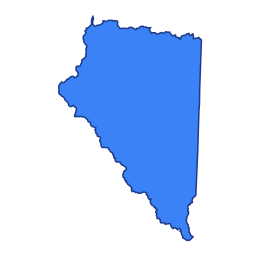 the district of Governador Jorge Teixeira, Rondônia, Brazil, rotated 92°
{"feature_id": "56859067B13052829322579", "entity_name": "Governador Jorge Teixeira", "entity_type": "district", "adm_level": 2, "iso_a3": "BRA", "parent_name": "Brazil", "parent_adm1": "Rondônia", "projection": "orthographic", "projection_center": [-63.145, -10.822], "detail": "fine", "context": "isolated", "style": "filled", "palette": "blue", "viewbox_px": 256, "rotation_deg": 92, "n_neighbors": 0, "source": "geoboundaries", "source_scale": "gbopen_adm2", "svg_char_len": 5770}
<svg xmlns="http://www.w3.org/2000/svg" viewBox="0 0 256 256"><g transform="rotate(92 128 128)"><path d="M17.8,167.0L18.6,167.4L20.6,168.1L23.4,168.2L25.7,168.1L26.5,168.5L27.0,169.3L27.6,169.9L28.7,170.6L29.2,171.0L29.4,171.8L29.4,172.7L29.9,173.3L30.7,173.0L31.3,172.8L31.8,173.3L32.4,174.4L33.3,174.1L33.9,173.7L34.6,173.5L35.2,173.6L37.9,175.9L39.9,175.9L40.9,175.7L42.0,175.2L43.2,175.2L45.5,173.7L47.3,172.1L47.8,171.9L49.1,172.4L50.8,172.8L51.8,172.7L53.4,172.3L54.1,172.4L55.6,172.7L56.6,172.7L57.4,172.5L58.1,172.6L58.8,173.2L59.6,173.9L60.3,174.5L60.9,175.8L61.6,176.3L62.2,176.6L64.0,176.5L64.6,176.7L65.6,177.3L67.1,177.8L67.8,178.1L68.1,178.7L67.9,180.7L68.1,181.4L69.2,182.0L70.1,182.1L70.9,181.8L71.6,181.9L72.3,181.8L73.0,181.0L74.5,180.0L76.7,179.7L77.4,179.9L77.8,180.6L78.3,181.2L79.6,182.2L79.5,183.0L78.8,183.9L78.2,184.8L78.3,185.8L78.9,187.1L79.6,188.0L81.3,189.3L81.3,190.6L82.0,191.0L82.7,191.2L83.2,191.8L83.5,192.4L84.2,192.9L84.9,193.7L85.0,194.3L84.3,196.1L85.8,197.0L86.2,197.5L87.7,198.5L90.0,198.6L91.9,198.3L95.1,198.4L95.9,198.1L96.8,197.5L97.3,196.6L97.7,195.6L98.6,195.3L99.0,194.1L99.4,193.4L100.3,192.8L102.2,191.8L103.0,191.1L104.3,189.4L105.2,188.6L106.0,188.3L107.5,188.0L108.4,186.8L108.6,185.6L108.5,184.9L107.2,183.4L108.0,182.5L109.1,181.7L109.5,180.9L110.0,180.4L110.6,180.1L112.4,180.5L113.1,180.6L113.8,180.3L115.3,181.2L116.7,181.6L117.2,181.9L118.6,181.5L118.5,180.3L118.0,179.6L118.3,178.3L118.4,176.8L118.1,176.2L118.1,175.4L118.5,174.2L118.4,172.9L118.6,172.2L119.3,170.8L120.3,169.9L121.2,168.5L122.7,168.3L123.2,167.7L123.4,166.5L124.0,165.7L125.5,165.7L126.5,165.2L127.4,164.5L127.9,163.8L127.8,163.0L129.0,160.1L131.0,161.0L132.1,160.3L133.1,160.2L134.1,159.9L135.0,159.3L135.1,158.6L136.1,158.6L137.2,158.3L137.4,157.4L138.0,155.9L138.3,155.2L139.3,155.1L140.7,155.7L141.5,155.8L142.4,155.7L143.3,154.9L146.1,154.3L147.7,153.8L148.3,153.1L148.3,147.4L150.0,146.5L151.3,145.1L152.0,145.0L153.0,143.7L153.0,142.9L154.3,142.2L155.4,142.1L155.9,141.5L156.5,141.2L157.1,141.3L158.1,141.0L158.7,140.6L158.6,139.9L159.2,140.0L159.7,139.6L160.4,139.7L161.3,139.5L162.2,138.8L162.4,138.2L162.1,137.0L162.2,136.2L162.6,135.6L162.6,134.8L164.4,133.7L165.0,132.7L165.5,132.3L165.5,131.5L166.1,130.8L166.3,130.0L167.3,129.0L167.8,128.7L169.1,128.1L170.2,128.9L171.4,130.6L174.7,131.4L176.0,131.4L176.7,131.3L177.6,131.0L177.8,130.2L178.6,129.6L180.4,129.2L180.9,128.5L181.0,127.8L181.7,128.0L182.5,127.9L183.0,127.0L183.6,126.4L184.4,126.2L184.7,125.5L185.5,124.7L185.8,123.6L186.6,123.0L187.1,122.4L187.8,122.7L188.4,122.2L189.3,122.2L190.2,122.4L191.5,121.5L191.0,120.6L190.9,119.8L191.4,119.0L192.2,118.6L192.0,116.9L192.5,116.3L192.7,115.5L192.7,113.3L192.5,112.6L191.7,111.0L191.3,109.6L192.5,107.2L193.3,107.1L193.9,107.4L194.5,106.6L195.3,105.9L196.2,105.7L197.0,105.6L197.5,104.8L198.4,104.5L198.6,103.8L198.3,103.1L198.4,102.5L199.0,102.9L199.7,103.2L200.6,103.2L201.3,103.0L202.4,102.7L203.1,102.2L203.7,102.0L204.7,100.8L204.7,100.1L205.2,99.3L205.8,99.1L206.5,99.0L206.4,97.9L207.0,98.0L207.8,97.3L208.2,96.9L208.3,96.2L209.3,96.0L210.0,96.7L210.3,97.4L211.7,97.2L212.1,96.3L213.6,96.4L214.3,96.6L214.9,96.2L216.1,95.8L217.3,95.9L217.4,94.8L217.3,93.8L218.1,93.4L218.4,92.5L220.8,92.5L221.6,91.9L221.8,91.0L221.2,89.8L221.5,89.0L221.9,88.4L222.1,87.7L223.0,87.4L222.5,86.3L222.4,84.5L222.0,83.1L222.2,82.5L223.1,82.0L224.0,81.8L224.8,81.4L226.4,80.3L227.0,79.4L226.4,78.7L225.8,78.0L226.6,76.4L228.0,74.8L226.9,74.3L226.6,73.1L226.9,72.5L227.7,72.1L228.3,71.5L228.9,71.7L229.2,72.3L229.6,71.5L230.3,71.4L230.9,71.1L232.2,70.8L233.5,69.9L236.1,69.3L236.4,68.6L236.6,67.5L237.2,67.0L237.7,66.1L238.2,65.6L238.2,64.8L238.1,63.9L238.2,63.0L237.8,62.5L237.6,61.9L236.4,60.9L234.6,59.2L234.0,59.4L234.0,60.4L233.4,60.9L233.0,61.6L232.4,61.9L231.6,62.1L229.8,63.3L229.1,63.5L228.3,63.4L227.5,63.5L226.4,63.4L225.7,63.5L225.2,64.1L222.8,64.5L221.6,65.2L221.1,65.9L219.9,66.0L218.8,66.6L217.8,66.6L216.8,66.1L215.7,66.0L215.1,66.3L213.4,65.4L212.0,64.9L211.3,64.4L209.8,64.9L209.2,64.6L208.2,65.6L206.4,64.9L205.7,65.4L205.1,65.6L204.1,65.5L203.4,64.8L202.5,64.4L202.3,63.2L201.6,63.5L200.7,62.7L200.8,61.9L200.3,61.2L199.6,60.9L198.5,61.7L197.6,61.3L196.9,61.2L196.1,60.8L195.3,60.5L194.8,59.7L194.0,58.7L193.1,58.5L192.9,57.9L148.5,57.5L108.5,57.7L101.2,57.4L88.1,57.7L37.4,57.7L36.0,59.6L35.4,60.1L35.0,60.6L35.6,61.2L36.0,63.2L35.9,64.0L36.2,64.8L36.7,65.3L36.0,65.9L35.2,65.9L34.3,65.8L33.5,65.9L32.4,66.1L31.6,66.5L32.2,67.4L33.0,67.9L33.5,68.9L33.0,69.4L31.5,70.3L31.4,71.1L31.8,72.1L32.2,72.8L32.9,73.7L33.5,74.5L33.5,75.8L34.0,77.2L34.7,77.9L35.9,78.6L37.2,78.6L37.3,79.4L36.7,80.0L36.1,80.3L35.6,81.2L35.9,82.8L35.2,83.5L33.4,83.7L33.5,84.5L34.1,85.5L34.4,86.3L34.0,87.1L32.8,88.1L32.2,89.0L31.5,89.4L30.8,89.6L30.7,90.6L31.0,91.5L30.5,92.9L30.6,93.8L31.1,94.4L32.0,95.8L32.1,96.6L31.5,97.5L31.5,98.4L32.4,100.0L33.1,102.0L33.1,102.7L32.6,103.5L31.8,104.0L32.0,107.1L32.6,107.7L32.2,108.5L30.9,108.8L30.3,109.2L29.7,110.0L28.9,110.2L28.3,109.7L26.9,109.0L27.2,111.6L27.0,112.3L26.4,113.5L26.5,114.2L26.7,115.6L25.8,116.5L25.9,117.7L26.2,119.1L27.7,120.7L28.1,121.4L28.2,122.9L29.5,123.6L29.0,124.6L28.6,125.1L27.7,126.9L27.4,127.6L27.3,129.1L27.5,130.2L28.2,130.9L28.5,131.8L28.6,133.1L28.5,134.2L28.5,137.1L28.8,138.8L28.6,139.7L26.7,141.2L25.1,142.2L23.3,142.2L22.6,142.0L21.7,142.0L21.4,142.7L21.6,143.5L21.2,144.6L21.2,145.3L21.7,146.1L21.3,146.9L20.8,147.7L21.1,148.6L21.0,150.6L21.3,151.4L21.7,152.1L22.3,153.5L22.3,154.6L21.7,155.5L21.9,156.8L22.8,156.6L23.9,156.7L24.3,157.1L25.3,158.5L26.3,160.3L26.2,161.8L27.5,164.0L27.6,164.7L27.1,165.3L26.4,165.8L26.0,166.5L25.2,166.9L23.9,167.0L22.1,166.9L21.6,166.7L19.7,166.3L19.1,166.4L17.8,167.0Z" fill="#3b82f6" stroke="#1e3a8a" stroke-width="1.5"/></g></svg>